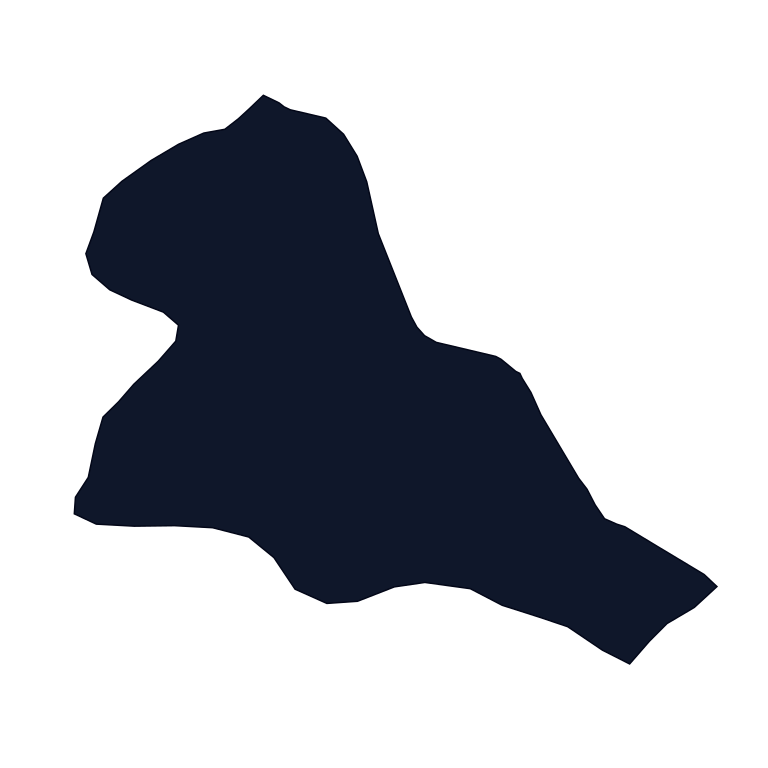 the Region of Brazzaville, rotated 266°
{"feature_id": "COG-4855", "entity_name": "Brazzaville", "entity_type": "Region", "adm_level": 1, "iso_a3": "COG", "parent_name": "Republic of the Congo", "parent_adm1": "", "projection": "orthographic", "projection_center": [15.461, -3.984], "detail": "fine", "context": "isolated", "style": "filled", "palette": "ink", "viewbox_px": 768, "rotation_deg": 266, "n_neighbors": 0, "source": "natural_earth", "source_scale": "10m", "svg_char_len": 1076}
<svg xmlns="http://www.w3.org/2000/svg" viewBox="0 0 768 768"><g transform="rotate(266 384 384)"><path d="M680.4,283.8L671.7,299.0L667.5,303.6L664.1,309.6L653.3,344.5L639.0,358.2L636.0,361.1L613.1,373.1L586.9,380.9L560.4,384.9L534.4,388.8L448.9,416.0L438.4,420.8L429.4,427.8L421.9,439.0L403.7,497.4L400.5,502.5L387.4,516.3L385.1,520.3L379.9,522.3L365.3,530.0L342.3,538.4L276.4,571.6L264.9,579.2L248.7,586.2L234.2,594.6L228.0,606.3L224.8,614.3L202.7,645.7L171.6,690.1L158.7,702.0L139.5,678.0L125.3,649.6L108.8,630.7L87.6,609.5L103.2,583.4L129.1,550.3L140.9,521.9L155.0,486.5L173.8,455.8L183.2,410.9L180.9,380.2L169.1,342.4L169.1,311.7L185.5,281.0L218.5,262.1L240.8,238.4L252.6,203.0L257.3,165.2L259.6,125.0L264.3,87.2L276.1,66.0L292.6,68.3L311.5,82.5L344.7,91.9L370.6,101.4L384.7,117.9L401.2,134.4L422.5,160.4L441.3,179.3L457.0,183.1L471.1,168.9L485.3,138.2L497.1,117.0L513.6,100.4L534.8,95.7L556.0,105.2L589.0,117.0L604.5,136.7L623.3,167.4L637.5,195.8L646.9,221.7L649.2,243.0L658.7,257.2L668.1,269.0L680.4,283.8Z" fill="#0f172a" stroke="#020617" stroke-width="1.5"/></g></svg>